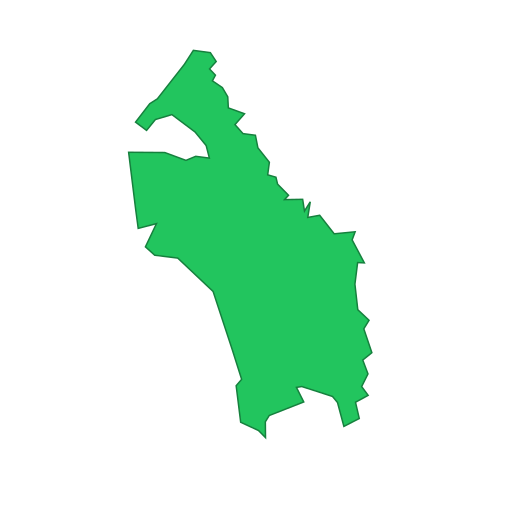 the district of Calhoun, South Carolina, United States of America, rotated 31°
{"feature_id": "52423323B26821031365156", "entity_name": "Calhoun", "entity_type": "district", "adm_level": 2, "iso_a3": "USA", "parent_name": "United States of America", "parent_adm1": "South Carolina", "projection": "mercator", "projection_center": [-80.796, 33.675], "detail": "fine", "context": "isolated", "style": "filled", "palette": "green", "viewbox_px": 512, "rotation_deg": 31, "n_neighbors": 0, "source": "geoboundaries", "source_scale": "gbopen_adm2", "svg_char_len": 1086}
<svg xmlns="http://www.w3.org/2000/svg" viewBox="0 0 512 512"><g transform="rotate(31 256 256)"><path d="M112.1,105.2L96.4,112.0L95.9,128.6L90.5,172.1L86.5,180.1L83.8,203.3L97.5,204.7L99.5,190.8L111.1,178.1L139.9,181.1L156.4,187.0L165.6,196.1L153.0,201.6L146.7,210.1L124.5,214.3L93.4,232.7L129.3,278.6L140.8,293.0L154.0,279.5L156.5,305.1L168.8,307.5L190.0,298.1L237.5,308.5L284.1,348.7L307.2,369.1L305.8,377.4L328.5,406.4L348.0,404.3L357.7,406.8L349.4,393.3L349.5,385.9L372.1,356.5L358.3,347.8L362.5,344.3L393.9,337.0L401.3,339.6L419.1,356.8L428.2,342.1L416.6,330.1L423.9,317.7L413.8,313.5L412.7,299.4L401.1,290.2L405.1,279.2L385.9,262.9L386.0,252.9L370.9,249.6L355.3,229.2L346.5,209.3L352.4,206.1L330.1,192.7L328.5,184.2L311.6,196.7L289.6,188.3L280.5,196.3L274.6,181.6L274.4,192.5L266.8,183.4L251.4,193.0L252.6,187.2L237.5,183.3L232.5,178.2L224.2,180.4L219.2,168.8L201.9,162.3L193.3,152.8L181.8,157.8L170.3,154.2L172.9,140.0L156.0,143.3L149.8,134.1L140.5,129.0L128.4,128.3L128.1,121.9L119.8,119.6L121.7,109.8L112.1,105.2Z" fill="#22c55e" stroke="#15803d" stroke-width="1.5"/></g></svg>